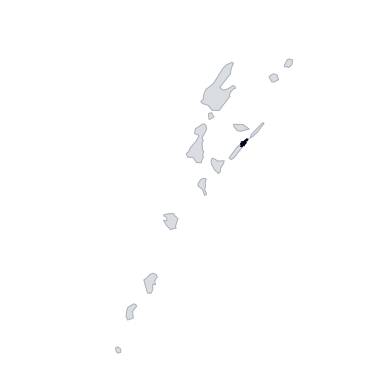 North Pentecost, Penama, Vanuatu shown in context, rotated 48°
{"feature_id": "77236927B73444068942664", "entity_name": "North Pentecost", "entity_type": "district", "adm_level": 2, "iso_a3": "VUT", "parent_name": "Vanuatu", "parent_adm1": "Penama", "projection": "natural_earth1", "projection_center": [168.162, -15.542], "detail": "fine", "context": "in_parent", "style": "filled", "palette": "ink", "viewbox_px": 384, "rotation_deg": 48, "n_neighbors": 0, "source": "geoboundaries", "source_scale": "gbopen_adm2", "svg_char_len": 4035}
<svg xmlns="http://www.w3.org/2000/svg" viewBox="0 0 384 384"><g transform="rotate(48 192 192)"><path d="M130.0,84.7L132.7,101.1L135.9,101.1L137.5,100.2L139.4,96.4L140.3,90.3L141.9,89.4L144.0,90.1L143.1,92.0L143.7,96.9L145.3,99.6L146.4,100.0L148.6,112.7L149.4,115.4L149.3,117.5L144.8,122.3L138.1,122.1L133.4,125.0L130.6,124.8L130.6,121.6L128.0,119.0L125.1,113.6L125.8,103.8L120.7,85.8L120.6,81.3L122.4,75.4L124.1,75.2L126.4,80.1L130.0,84.7ZM158.4,148.0L160.4,149.1L161.4,149.1L162.1,151.5L168.2,156.3L169.8,156.2L171.2,158.8L173.8,160.2L174.6,162.9L176.4,165.6L173.2,169.0L166.9,168.1L163.3,171.9L160.0,170.9L159.4,168.9L159.9,168.2L157.9,163.2L157.0,155.5L155.7,150.9L154.3,149.0L151.3,150.7L150.1,150.9L147.3,147.2L148.6,139.6L149.3,137.5L151.6,137.0L155.1,139.0L158.4,148.0ZM239.8,290.0L237.9,292.4L236.2,292.2L225.1,286.6L225.6,284.3L225.1,278.4L226.4,275.2L229.4,273.9L231.8,274.6L233.2,279.3L236.5,281.2L234.2,282.8L238.2,286.4L239.8,290.0ZM202.3,220.2L206.5,227.3L208.2,227.9L205.6,233.0L200.3,233.4L194.0,232.1L196.3,230.3L195.1,228.4L193.3,228.0L191.1,228.9L190.1,228.6L191.5,225.3L195.0,220.7L196.0,220.3L196.9,220.3L197.8,220.7L202.3,220.2ZM196.0,160.0L191.1,160.5L184.3,158.9L181.5,156.8L180.3,154.6L182.7,153.0L186.1,152.2L190.3,147.3L191.8,149.2L193.4,154.7L195.1,156.4L196.0,158.1L196.0,160.0ZM246.4,320.0L244.1,325.4L240.3,324.2L236.7,320.2L234.8,316.8L236.1,310.2L237.9,309.1L239.9,309.5L240.8,315.9L246.4,320.0ZM192.4,141.7L191.7,141.8L191.0,139.5L188.6,127.3L190.2,116.3L191.2,118.6L194.7,137.8L194.2,141.0L192.4,141.7ZM202.3,182.1L203.6,182.8L202.9,184.9L197.1,182.5L192.4,183.4L191.1,183.3L189.7,181.4L188.6,177.6L189.1,175.0L191.1,173.1L191.8,172.8L193.3,175.1L194.6,176.7L195.9,177.3L198.9,181.1L202.3,182.1ZM179.6,115.0L176.7,117.3L171.5,117.1L169.5,115.8L176.0,108.9L183.5,107.4L179.6,115.0ZM165.7,56.4L163.9,59.0L159.1,58.1L157.9,57.5L158.2,53.3L159.4,51.8L162.3,50.5L166.3,52.6L165.7,56.4ZM161.6,38.8L160.9,39.3L159.9,38.9L157.4,32.9L158.1,30.8L161.2,28.9L164.0,32.3L164.3,34.1L164.3,35.7L163.9,37.1L162.0,37.7L161.6,38.8ZM191.4,109.7L190.7,112.8L188.9,109.2L187.8,94.1L188.2,92.7L189.2,92.6L191.3,103.1L191.4,109.7ZM263.4,352.3L261.9,355.1L259.6,355.0L256.7,353.1L257.3,350.7L260.6,350.2L261.5,350.4L263.4,352.3ZM150.2,129.4L149.4,130.7L144.9,127.5L145.9,124.4L150.8,125.5L150.2,129.4Z" fill="#d9dde1" stroke="#a8b0b8" stroke-width="1"/><path d="M191.6,124.6L191.5,124.4L191.6,124.2L191.5,123.9L191.4,123.9L191.5,123.8L191.5,123.7L191.5,123.8L191.4,123.8L191.4,123.7L191.3,123.4L191.2,123.3L191.2,123.2L191.3,123.0L191.4,122.9L191.5,122.8L191.5,122.7L191.7,122.4L191.8,122.2L191.8,121.9L191.7,121.8L191.7,121.7L191.8,121.7L191.7,121.6L191.8,121.6L191.8,121.4L191.7,121.2L191.8,120.9L191.7,120.7L191.6,120.3L191.6,120.2L191.6,119.9L191.6,119.7L191.5,119.4L191.6,119.2L191.5,118.9L191.4,118.9L191.2,118.9L190.9,118.9L190.7,118.9L190.6,118.7L190.4,118.5L190.3,118.4L190.2,118.3L190.2,118.2L190.2,117.9L190.2,117.7L190.2,117.4L190.2,117.2L190.3,117.1L190.3,116.9L190.4,116.7L190.5,116.7L190.5,116.4L190.5,116.2L190.5,115.9L190.4,115.8L190.3,115.7L190.3,115.8L190.3,115.7L190.2,115.7L190.1,115.8L190.0,115.7L189.9,115.7L189.7,115.7L189.6,115.8L189.5,116.0L189.4,116.0L189.5,116.3L189.5,116.5L189.4,116.7L189.4,116.8L189.4,117.0L189.4,117.3L189.3,117.5L189.3,117.8L189.2,117.9L189.2,118.0L189.3,118.0L189.4,118.3L189.3,118.5L189.3,118.8L189.4,119.0L189.4,119.3L189.5,119.3L189.4,119.6L189.3,119.9L189.2,119.9L189.2,120.0L189.3,120.0L189.2,120.1L189.3,120.1L189.5,120.2L189.6,120.3L189.7,120.5L189.5,120.8L189.4,120.8L189.2,121.0L188.9,121.2L189.0,121.2L189.0,121.3L189.1,121.5L188.9,121.8L188.9,122.0L188.8,122.3L188.7,122.4L188.7,122.5L188.6,122.9L188.6,123.0L188.7,123.3L188.8,123.6L189.0,123.6L189.3,123.6L189.5,123.6L189.8,123.7L189.9,123.8L190.0,123.9L190.0,124.0L190.3,124.0L190.4,123.9L190.5,123.8L190.6,123.7L190.6,123.8L190.5,124.0L190.7,124.3L190.7,124.5L190.7,124.8L190.8,124.9L190.8,125.0L191.0,124.9L191.3,124.7L191.5,124.7L191.6,124.6Z" fill="#0f172a" stroke="#020617" stroke-width="1.5"/></g></svg>